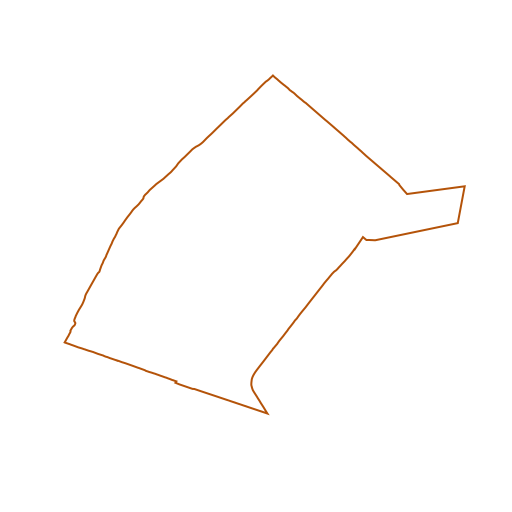 Stede Broec, Noord-Holland, Netherlands (Natural Earth projection), rotated 314°
{"feature_id": "6326949B50163313594410", "entity_name": "Stede Broec", "entity_type": "district", "adm_level": 2, "iso_a3": "NLD", "parent_name": "Netherlands", "parent_adm1": "Noord-Holland", "projection": "natural_earth1", "projection_center": [5.224, 52.697], "detail": "fine", "context": "isolated", "style": "outline", "palette": "amber", "viewbox_px": 512, "rotation_deg": 314, "n_neighbors": 0, "source": "geoboundaries", "source_scale": "gbopen_adm2", "svg_char_len": 6009}
<svg xmlns="http://www.w3.org/2000/svg" viewBox="0 0 512 512"><g transform="rotate(314 256 256)"><path d="M397.6,142.8L396.8,142.8L393.7,142.6L392.3,142.6L390.4,142.4L388.9,142.1L388.1,141.9L387.2,141.9L385.0,141.8L381.6,141.7L379.1,141.7L377.1,141.7L376.3,141.8L371.5,141.6L367.6,141.4L364.2,141.2L361.2,141.0L359.5,140.8L359.0,140.9L357.3,140.7L356.6,140.6L352.3,140.6L349.2,140.5L345.7,140.4L342.3,140.3L337.2,139.9L336.0,139.9L335.5,139.9L333.6,139.7L332.3,139.6L328.8,139.5L319.9,139.2L314.5,139.1L312.2,139.0L308.9,138.8L306.6,138.7L302.8,138.7L301.1,138.7L299.0,138.5L297.2,138.2L295.8,137.9L293.7,137.2L292.9,136.9L290.3,136.4L288.5,136.1L285.3,136.1L281.9,136.0L277.7,135.9L273.9,135.6L268.6,135.7L265.0,136.3L260.9,136.4L259.8,136.4L258.4,136.5L256.9,136.5L254.0,136.2L252.2,136.1L249.4,135.9L247.3,135.8L244.3,135.3L240.8,134.7L238.4,134.3L236.2,134.2L229.5,133.7L228.0,133.8L226.5,133.9L224.1,133.8L223.1,133.7L222.5,133.8L221.2,133.9L220.8,134.0L220.4,134.2L219.9,134.5L219.5,134.8L219.1,135.0L217.9,135.2L215.5,135.3L213.9,135.5L211.6,135.7L208.7,135.6L206.3,135.4L204.1,135.4L202.3,135.6L201.2,135.8L199.0,136.1L194.8,136.5L191.2,137.0L187.7,137.6L184.7,138.0L182.5,138.2L180.4,138.4L179.1,138.8L178.5,139.0L177.2,139.4L176.1,139.8L175.5,140.1L174.9,140.3L174.3,140.5L173.9,140.6L173.5,140.7L172.8,141.0L171.5,141.4L169.9,141.7L168.3,142.2L167.0,142.6L166.4,142.8L165.9,143.1L165.3,143.3L164.3,143.7L162.6,144.2L160.6,144.9L154.1,147.3L153.1,147.6L151.9,148.2L150.6,148.7L147.5,149.4L146.8,149.6L144.8,150.5L144.3,150.7L143.3,151.0L142.3,151.3L141.5,151.6L140.0,152.3L137.8,153.3L136.9,153.8L136.0,154.2L135.7,154.3L135.3,154.3L134.7,154.2L134.0,154.2L133.3,154.3L132.7,154.4L129.5,155.2L119.9,157.7L112.7,159.6L111.0,160.0L109.1,160.7L108.2,161.2L107.1,161.9L105.9,162.5L102.8,163.8L101.7,164.2L100.2,164.7L98.9,165.0L96.7,165.5L94.3,166.0L91.1,166.9L88.6,167.7L87.4,168.1L86.9,168.4L85.3,169.0L84.2,169.5L83.5,169.9L83.0,170.4L82.8,170.7L82.7,171.4L82.5,172.1L82.4,172.4L82.2,172.7L81.9,172.9L81.2,173.2L80.5,173.5L79.9,173.6L78.0,173.4L77.1,173.5L76.3,173.6L74.1,174.2L73.3,174.4L73.1,174.6L73.0,174.9L72.7,175.1L72.4,175.3L71.9,175.5L71.1,175.7L69.9,176.0L68.8,176.4L67.7,176.7L66.6,176.9L64.3,177.5L62.1,178.1L60.9,178.4L61.0,178.7L61.8,180.4L62.6,182.1L63.1,183.1L63.6,184.3L63.7,184.6L64.5,186.3L66.3,190.4L66.8,191.6L67.4,192.7L68.6,195.0L69.1,196.1L69.5,197.0L70.0,197.9L70.5,199.1L71.0,200.1L71.6,201.4L72.7,203.4L73.4,204.8L73.7,205.3L74.7,207.7L75.8,210.3L76.2,211.1L77.2,213.1L77.8,214.3L78.3,215.3L78.4,215.6L78.5,216.1L79.1,217.6L79.5,218.4L80.0,219.2L80.3,220.0L80.5,220.4L81.0,221.8L81.2,222.1L83.6,227.2L84.2,228.6L84.3,228.5L85.1,230.1L86.6,233.6L86.9,234.1L88.2,236.7L89.3,239.1L91.3,243.5L92.9,247.1L93.6,248.7L93.9,249.2L95.1,251.9L96.3,254.6L96.7,255.6L96.8,256.1L96.9,256.5L97.0,256.9L97.1,257.0L97.5,257.8L98.2,259.3L98.3,259.6L99.2,261.2L99.9,262.6L100.5,263.9L101.1,265.0L101.8,266.6L102.1,267.3L102.5,268.1L103.5,270.4L104.4,272.3L105.6,275.0L105.9,275.5L106.1,275.9L106.3,276.4L106.6,277.1L107.0,278.1L107.4,278.9L108.2,280.8L108.7,282.1L109.2,282.9L109.5,283.7L110.5,285.8L109.7,286.0L109.1,286.2L108.9,286.2L110.5,290.2L116.2,302.4L116.5,302.9L117.5,304.0L120.9,311.2L127.6,325.2L150.6,373.6L151.1,371.5L151.8,368.9L152.6,365.8L153.3,362.8L153.5,361.9L154.4,358.6L155.0,356.0L155.4,354.6L156.2,351.2L156.7,349.1L157.2,347.3L157.4,346.7L157.7,346.1L158.2,345.1L158.9,343.9L159.1,343.7L159.3,343.3L159.5,342.9L160.1,342.1L161.4,340.9L162.8,339.8L164.4,338.6L166.2,337.7L168.2,337.0L170.2,336.5L171.7,336.2L172.1,336.1L173.0,336.0L174.3,335.8L179.5,335.2L185.2,334.6L197.0,333.2L197.4,333.2L199.7,333.0L201.4,332.6L201.7,332.7L201.8,332.7L204.4,332.5L207.7,332.3L208.0,332.2L208.5,332.1L211.0,331.7L213.3,331.5L217.2,331.2L221.3,330.7L224.3,330.4L225.7,330.1L226.4,330.0L228.8,329.8L232.6,329.4L234.3,329.2L236.1,328.9L236.7,328.8L237.9,328.8L239.3,328.8L242.4,328.3L244.7,328.0L244.8,328.0L245.8,327.9L249.2,327.6L253.5,327.3L257.7,326.8L263.2,326.2L268.2,325.7L274.8,325.0L280.6,324.4L282.4,324.2L282.9,324.1L283.8,324.0L286.3,323.8L287.9,323.7L290.3,323.6L290.9,323.5L293.5,323.3L295.0,323.2L295.8,323.1L297.9,323.1L298.4,323.1L298.8,323.1L299.5,323.2L300.6,323.4L301.5,323.6L301.8,323.6L302.2,323.6L302.7,323.6L304.1,323.6L304.4,323.6L304.6,323.5L304.9,323.5L305.2,323.5L305.6,323.5L306.1,323.5L307.2,323.5L310.1,323.4L313.1,323.4L314.3,323.4L315.5,323.3L318.5,323.2L319.5,323.2L321.2,323.1L324.2,322.8L326.9,322.5L328.6,322.2L328.9,322.2L329.4,322.1L329.4,322.4L343.9,319.8L344.2,324.3L345.7,325.8L350.1,330.8L419.8,378.3L451.1,357.7L405.5,321.6L405.9,316.4L405.9,316.0L406.0,315.4L406.3,312.7L406.6,310.0L407.1,309.0L406.4,297.7L406.4,296.9L404.6,266.8L404.5,264.9L404.5,263.8L404.4,260.9L404.4,258.6L404.3,258.0L404.3,256.9L404.3,256.4L404.2,256.0L404.2,255.2L404.2,254.5L404.2,253.7L404.1,253.3L404.1,252.9L404.1,252.2L404.0,251.6L404.0,251.1L403.9,249.1L403.9,248.7L403.9,248.3L403.9,246.8L403.9,246.4L403.8,245.5L403.7,244.8L403.6,243.5L403.6,242.4L403.5,241.6L403.5,241.2L403.5,240.9L403.5,240.0L403.5,238.7L403.5,238.1L403.4,236.8L403.4,236.3L403.4,235.5L402.2,213.4L402.0,211.3L400.8,188.6L400.8,188.4L400.8,188.0L400.7,186.7L400.7,186.3L400.7,185.8L400.6,185.1L400.5,184.8L400.5,184.6L400.3,183.9L400.3,183.6L400.3,183.0L400.2,182.5L400.2,182.0L400.2,181.5L400.1,180.3L400.1,179.7L399.9,178.7L399.9,178.1L399.9,177.6L399.7,176.2L399.7,175.7L399.7,175.1L399.6,174.7L399.6,174.1L399.6,173.1L399.6,171.6L399.6,170.6L399.5,169.5L399.4,168.9L399.1,167.3L399.1,166.8L399.0,166.2L398.9,165.7L398.8,165.1L398.8,164.8L398.9,163.9L398.9,163.4L398.9,163.0L399.0,162.7L398.9,162.4L398.9,161.9L398.8,160.6L398.7,159.9L398.6,158.3L398.5,157.7L398.4,157.1L398.3,155.8L398.1,153.7L398.0,152.2L398.0,151.7L398.0,151.2L397.9,150.6L397.9,150.1L397.9,149.6L397.9,149.0L397.9,148.4L397.8,147.9L397.7,146.3L397.6,145.7L397.6,145.2L397.6,144.7L397.6,144.2L397.6,143.9L397.5,143.6L397.5,143.3L397.6,143.0L397.6,142.8Z" fill="none" stroke="#b45309" stroke-width="2"/></g></svg>